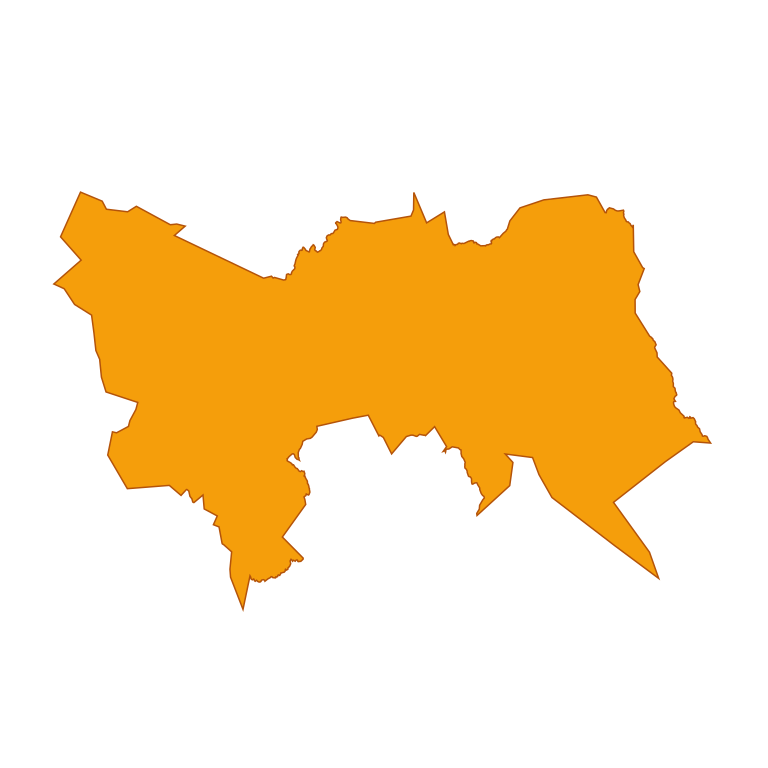 Uruachi, Chihuahua, Mexico, rotated 355°
{"feature_id": "50627088B4184029057526", "entity_name": "Uruachi", "entity_type": "district", "adm_level": 2, "iso_a3": "MEX", "parent_name": "Mexico", "parent_adm1": "Chihuahua", "projection": "equal_earth", "projection_center": [-108.421, 27.836], "detail": "fine", "context": "isolated", "style": "filled", "palette": "amber", "viewbox_px": 768, "rotation_deg": 355, "n_neighbors": 0, "source": "geoboundaries", "source_scale": "gbopen_adm2", "svg_char_len": 6162}
<svg xmlns="http://www.w3.org/2000/svg" viewBox="0 0 768 768"><g transform="rotate(355 384 384)"><path d="M541.4,511.7L600.0,565.4L640.7,601.6L633.8,574.7L602.3,521.9L657.5,485.9L687.1,468.5L704.2,471.3L702.0,467.3L701.6,465.6L701.0,464.3L699.0,463.5L697.4,463.9L696.7,463.6L696.4,462.1L694.8,459.1L694.4,456.1L692.7,454.3L692.1,452.5L691.1,451.4L690.9,449.8L691.2,448.9L690.1,445.7L688.9,444.4L686.7,444.8L686.4,443.7L685.8,443.3L685.3,444.5L684.7,444.8L683.3,443.6L680.2,444.0L680.0,443.7L680.1,442.3L676.7,438.5L675.5,435.6L672.6,433.2L671.5,431.8L670.8,429.2L670.8,427.5L671.2,426.7L672.8,426.7L671.5,424.0L672.8,421.8L674.5,420.7L674.7,419.8L674.4,419.3L674.4,418.3L673.9,417.5L673.6,416.2L673.5,413.6L672.0,411.8L672.3,408.6L671.8,406.4L672.2,404.8L672.2,403.3L671.9,402.0L671.1,400.5L671.6,398.3L658.5,380.9L658.7,376.8L656.8,371.6L657.0,370.6L658.5,368.7L657.5,365.4L656.3,364.2L655.9,363.6L655.8,362.5L654.9,361.7L654.8,361.1L652.8,359.5L640.4,335.2L641.5,321.7L646.9,314.2L645.8,307.1L653.3,291.7L651.8,290.6L644.3,274.0L646.2,247.2L645.2,249.4L644.5,248.2L643.9,247.6L643.1,245.6L642.1,244.8L641.6,243.9L640.2,243.6L639.4,242.8L639.3,242.0L637.9,239.4L637.6,238.2L637.4,236.5L637.8,235.8L637.4,234.4L638.0,232.7L637.7,231.7L632.9,232.1L631.3,231.9L629.6,231.1L627.9,229.6L623.8,228.1L622.6,229.2L622.1,229.2L620.9,230.7L620.3,232.7L619.2,232.5L611.9,216.3L603.6,213.3L559.3,214.5L534.8,220.4L523.6,232.5L520.3,240.6L519.6,241.1L518.7,242.4L515.9,244.3L511.7,248.3L510.9,247.5L509.3,247.4L507.9,247.9L506.5,249.1L505.5,249.1L504.1,250.2L503.7,250.2L503.5,251.3L503.1,251.2L503.4,253.2L503.1,253.7L501.6,253.8L500.2,254.4L498.7,254.3L497.7,254.7L497.3,255.3L496.8,255.0L492.4,254.8L489.4,252.6L488.7,252.5L488.4,251.2L486.8,250.7L486.0,251.3L485.6,250.6L485.4,249.3L483.5,248.7L482.2,248.8L481.4,249.3L480.9,249.1L475.9,251.0L474.0,250.6L473.4,251.0L471.3,250.1L470.3,250.3L469.4,251.3L467.9,251.4L466.9,252.2L466.7,251.5L465.9,251.3L465.7,251.0L465.2,251.3L461.1,240.6L459.2,217.8L440.5,227.2L430.4,195.8L428.6,213.2L425.5,219.1L389.8,222.1L388.4,223.2L364.5,218.2L362.5,216.4L361.8,215.2L360.4,214.4L357.2,214.4L356.3,214.0L355.7,214.1L355.1,216.5L355.4,218.8L355.1,219.6L354.3,219.8L351.4,218.1L349.9,219.2L349.9,219.9L350.6,220.5L351.7,223.3L351.7,224.5L351.0,225.9L348.6,226.5L346.9,228.9L346.1,229.6L344.6,229.6L343.3,230.8L341.7,230.7L340.2,231.5L339.3,233.2L339.5,234.6L340.1,235.9L339.9,236.6L339.0,236.8L338.5,237.3L337.6,237.3L336.7,238.0L335.9,239.2L335.5,241.5L334.0,243.1L333.6,244.3L332.4,245.6L331.6,245.7L330.8,246.3L329.2,246.9L328.0,245.5L327.4,245.3L326.7,244.3L327.4,241.9L326.3,239.6L325.6,239.1L325.1,239.9L323.8,240.7L322.5,242.6L322.0,243.1L321.2,245.8L320.8,245.9L317.8,244.1L317.5,243.1L316.3,241.4L315.8,240.8L315.3,240.7L314.6,241.7L314.1,243.5L313.5,243.7L313.1,243.4L312.3,243.4L311.3,244.2L310.7,245.0L310.6,246.7L309.3,247.4L309.7,248.1L307.8,251.0L306.9,253.0L305.8,256.6L305.0,258.0L304.8,258.6L305.3,259.2L305.4,260.1L305.1,261.4L302.4,263.7L301.5,265.3L301.4,266.2L300.7,266.8L299.4,266.7L298.2,265.9L296.5,266.4L296.0,268.4L296.0,269.3L295.7,269.6L295.3,271.2L295.0,271.5L293.1,271.7L284.2,268.3L282.8,268.8L281.3,266.8L273.3,268.1L188.1,217.8L199.7,209.4L191.5,206.6L185.0,206.7L152.8,185.4L143.6,190.1L122.7,185.7L119.2,177.3L98.4,166.4L74.6,209.2L93.1,234.2L63.8,255.6L73.7,261.2L82.7,277.8L98.7,289.9L99.5,307.7L99.9,325.6L102.9,334.6L103.1,352.5L106.4,367.7L137.1,380.9L134.6,387.8L127.7,398.3L125.7,404.0L113.3,409.3L109.3,408.0L102.6,430.7L119.2,465.9L161.3,466.3L172.1,477.3L178.0,471.9L178.6,472.0L180.2,473.6L180.9,479.0L182.6,481.6L183.2,484.9L184.0,485.5L184.4,485.5L194.0,478.8L194.0,492.8L206.4,500.9L201.8,509.3L207.2,512.0L208.8,528.6L209.1,529.3L210.1,529.9L217.6,537.9L214.4,555.1L214.3,563.1L223.9,596.2L233.8,563.4L234.3,564.5L234.7,566.7L234.9,567.1L236.0,567.6L236.9,566.9L237.4,567.1L237.9,568.7L238.5,569.3L240.0,568.4L240.9,569.6L242.0,570.3L243.2,570.5L244.3,569.9L244.5,569.2L245.3,568.6L246.9,568.4L248.0,569.2L248.2,570.1L251.4,568.0L254.2,566.8L254.7,566.1L255.6,566.2L256.3,567.2L259.0,567.7L259.4,567.4L259.5,566.6L260.6,566.8L261.3,566.5L261.5,565.5L262.1,565.0L263.4,565.6L264.7,563.8L264.7,563.4L268.3,562.7L269.2,561.8L269.6,560.0L269.8,559.9L270.5,560.9L272.0,560.3L272.4,558.8L274.0,557.5L275.4,554.9L275.0,552.2L276.1,550.5L276.7,550.9L277.4,552.6L278.5,551.7L280.1,552.8L281.0,551.9L281.8,551.7L282.4,551.9L282.8,553.3L283.1,553.5L285.7,553.4L288.1,551.5L288.3,550.4L269.4,527.6L295.5,497.2L295.1,492.2L294.5,489.7L294.6,489.3L296.4,488.4L297.0,486.8L299.0,488.0L299.6,487.7L300.7,485.4L300.7,484.0L300.5,483.1L300.6,481.7L300.2,480.6L300.2,479.3L299.7,477.2L299.1,476.6L299.2,474.6L299.0,473.6L297.5,470.5L297.6,470.0L297.1,469.4L297.2,468.9L296.4,468.6L297.0,467.5L297.3,466.4L296.7,463.9L295.7,464.1L294.4,463.2L293.0,464.0L291.9,463.4L290.2,460.7L289.4,460.4L288.3,459.4L286.8,456.6L285.7,456.6L285.4,455.7L284.2,454.4L281.0,452.2L280.8,451.7L281.1,450.9L280.9,450.0L281.9,449.4L282.8,448.3L284.4,447.1L286.6,445.6L287.5,445.6L288.5,446.4L289.2,449.5L290.9,451.5L292.2,451.9L293.0,452.5L292.7,451.5L292.9,450.3L292.3,449.4L292.6,444.8L294.1,441.6L295.0,441.0L297.2,437.1L298.1,434.0L302.2,432.0L305.9,431.7L307.8,430.6L312.3,426.1L313.6,423.5L313.4,420.3L349.7,415.3L365.6,413.7L374.4,435.3L375.2,434.6L376.1,435.1L378.7,437.2L385.5,454.3L401.7,438.3L406.4,437.3L408.4,437.5L411.6,439.0L412.6,438.9L415.0,437.3L419.2,438.5L419.8,438.4L420.8,439.1L430.7,430.9L440.9,451.8L437.1,456.3L437.5,456.2L438.3,455.5L438.7,455.7L439.3,457.4L439.6,456.6L439.6,455.7L440.5,454.4L442.9,454.4L446.5,452.5L452.6,454.2L453.9,455.9L454.9,456.3L454.9,458.8L454.7,459.8L455.2,463.0L456.9,465.5L458.1,469.2L457.5,470.8L457.6,472.1L457.3,472.7L457.3,474.7L458.6,476.2L459.2,477.8L459.2,479.4L460.1,483.1L460.9,483.8L461.9,484.0L462.9,485.9L462.7,489.3L462.9,491.2L463.7,491.5L465.6,490.6L467.3,490.4L468.0,490.7L468.6,492.6L470.3,495.9L470.2,497.6L471.3,501.5L472.5,503.6L473.8,504.7L474.0,506.3L472.3,508.0L468.7,513.1L468.0,517.0L465.1,521.0L465.2,523.1L500.4,496.2L505.6,473.4L498.7,464.3L525.6,470.2L530.5,487.8L541.4,511.7Z" fill="#f59e0b" stroke="#b45309" stroke-width="1.5"/></g></svg>